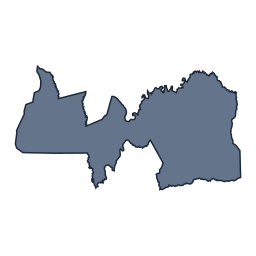 Mpongwe, Copperbelt, Zambia
{"feature_id": "96606910B43712843056023", "entity_name": "Mpongwe", "entity_type": "district", "adm_level": 2, "iso_a3": "ZMB", "parent_name": "Zambia", "parent_adm1": "Copperbelt", "projection": "equal_earth", "projection_center": [27.957, -13.579], "detail": "fine", "context": "isolated", "style": "filled", "palette": "slate", "viewbox_px": 256, "rotation_deg": 0, "n_neighbors": 0, "source": "geoboundaries", "source_scale": "gbopen_adm2", "svg_char_len": 5767}
<svg xmlns="http://www.w3.org/2000/svg" viewBox="0 0 256 256"><path d="M240.6,177.5L239.9,150.7L236.5,146.0L235.0,144.7L233.0,143.6L232.9,140.7L231.6,137.6L231.3,134.9L230.8,133.3L231.0,129.1L231.8,126.9L232.3,123.4L231.5,120.7L232.5,118.8L233.8,118.1L235.0,116.8L235.4,115.8L235.9,110.3L236.9,108.8L236.4,106.5L237.2,105.2L237.1,103.3L236.6,102.7L236.9,101.3L235.8,99.0L236.6,97.8L236.0,96.8L236.1,95.1L235.8,94.3L236.4,92.6L235.5,92.0L235.4,93.0L234.3,93.0L234.2,92.1L233.2,92.4L232.1,91.4L231.9,90.9L231.3,91.1L231.2,91.8L230.7,91.4L229.8,91.9L228.9,91.0L229.0,90.2L227.1,89.8L226.5,90.0L225.9,88.2L224.5,87.6L224.3,87.0L222.6,87.3L221.8,84.4L221.0,83.1L220.9,82.0L220.3,81.6L220.3,81.2L220.0,81.8L219.3,80.8L217.7,80.6L217.2,79.6L217.0,76.6L216.2,76.5L214.8,74.6L214.4,74.7L214.2,73.5L213.7,73.6L213.4,73.0L213.0,73.2L212.5,72.3L211.6,73.5L211.3,73.3L210.6,73.6L210.5,74.5L209.9,74.3L209.4,75.7L208.7,75.9L207.8,74.9L206.6,74.7L205.4,72.9L204.4,73.2L203.7,71.6L202.9,71.1L202.6,71.2L202.7,71.9L201.9,72.7L200.2,72.5L199.3,71.2L198.8,72.4L197.9,71.4L197.2,71.2L196.3,72.2L195.2,71.1L194.2,72.0L193.5,72.0L193.3,72.4L193.6,72.4L193.8,73.5L190.2,74.5L190.1,77.0L188.2,79.6L187.2,82.1L185.6,80.9L184.8,78.4L183.3,78.0L182.2,80.0L182.3,80.7L184.1,80.6L184.7,81.9L183.4,84.0L182.2,84.5L181.1,84.2L180.7,85.0L182.6,86.4L183.0,87.5L182.2,87.3L181.4,88.2L178.6,87.9L178.1,89.0L177.2,89.2L177.0,91.1L176.2,92.8L174.0,91.5L172.1,91.0L172.5,87.0L171.9,86.2L171.2,86.7L171.2,87.7L169.0,91.4L167.9,91.2L166.3,87.0L166.2,85.6L164.6,85.8L164.4,90.6L163.4,91.0L164.2,92.1L163.4,92.7L162.9,92.5L163.0,91.4L162.0,91.7L160.7,90.0L162.9,87.8L162.2,86.7L161.2,86.4L159.9,87.2L159.0,88.7L157.5,88.9L155.9,87.6L155.0,88.1L153.3,91.7L152.3,92.1L152.1,93.4L151.4,93.4L151.2,93.9L150.9,92.9L149.7,93.4L149.0,92.9L147.6,90.9L147.5,93.8L148.8,95.8L148.2,98.5L146.1,98.3L145.3,97.2L144.6,95.0L143.4,94.9L142.4,96.0L141.9,96.9L142.1,97.6L143.0,96.5L143.7,96.4L144.2,96.8L144.2,99.5L141.6,101.5L141.5,103.3L139.8,105.3L139.7,107.7L140.6,109.4L138.8,110.0L138.8,111.3L137.9,112.9L138.0,114.8L137.6,115.0L137.0,114.1L134.9,112.8L132.8,113.4L132.5,114.8L132.7,115.5L134.4,115.3L135.4,116.3L135.1,118.3L134.2,119.6L130.7,119.5L129.0,121.5L126.3,121.2L125.3,120.3L124.7,116.5L125.9,115.0L126.5,112.0L125.4,108.3L124.5,107.7L122.9,105.0L122.1,105.1L121.4,103.5L116.5,98.0L113.9,96.5L111.9,96.5L106.8,114.8L104.6,116.0L102.1,119.4L86.1,126.2L85.7,125.9L86.3,125.1L85.7,124.4L86.2,124.1L85.6,123.9L86.1,122.9L85.8,122.9L85.6,122.0L86.0,121.4L86.2,121.9L86.5,121.6L87.1,119.2L87.2,117.2L86.9,116.5L86.4,116.8L86.4,116.1L85.7,116.5L85.8,115.4L85.2,115.0L85.4,113.9L84.9,113.8L84.6,112.8L85.0,112.4L84.5,112.3L84.6,111.7L83.8,110.8L84.1,110.3L83.6,108.3L83.1,108.2L83.1,107.3L83.6,106.8L83.0,106.6L82.6,105.3L83.0,104.1L82.6,104.0L82.7,103.1L81.9,101.7L82.3,100.6L82.8,100.7L82.8,100.1L83.3,99.9L83.4,98.4L83.6,98.7L83.9,98.2L84.1,97.3L83.6,97.0L84.5,96.5L85.4,94.9L85.5,93.9L85.2,93.7L85.8,92.7L85.9,91.6L58.4,98.6L58.8,96.8L58.1,96.3L58.1,95.7L58.8,94.6L58.5,93.9L58.8,93.3L58.0,91.8L58.2,91.1L57.5,91.3L56.9,88.6L56.4,88.3L56.2,87.2L55.5,86.9L55.9,86.2L55.5,86.2L55.2,85.1L55.5,84.0L54.4,83.5L54.3,82.4L54.0,82.5L53.5,80.6L52.9,80.0L53.1,79.1L52.6,78.2L53.1,77.1L53.0,76.2L52.5,76.2L52.6,75.8L52.2,75.4L52.0,75.7L51.7,74.8L50.9,74.5L50.0,72.4L46.4,72.1L42.0,68.8L40.3,68.9L37.5,66.4L36.9,71.6L39.0,74.7L40.8,80.6L40.6,86.5L40.2,88.1L38.9,90.7L34.4,92.7L33.1,99.8L33.0,101.9L25.9,104.6L24.2,110.9L24.2,114.2L17.1,129.3L16.6,131.5L16.8,132.8L15.4,143.9L16.5,147.5L17.1,148.4L22.9,152.6L55.3,153.2L87.5,153.0L87.5,153.9L88.8,155.4L88.6,155.8L89.2,157.3L88.1,158.0L88.5,159.2L87.5,160.5L88.0,161.5L87.9,162.2L89.3,163.3L89.4,163.9L89.1,164.3L89.6,165.3L89.3,166.0L89.9,166.4L89.0,167.6L89.4,168.0L90.1,167.7L90.2,168.4L90.8,168.3L91.1,167.8L92.6,168.7L92.4,170.5L93.1,171.4L93.4,172.8L92.3,173.7L92.6,174.3L92.3,175.2L92.5,178.0L93.3,178.7L93.4,179.4L92.9,178.8L92.5,179.1L92.3,180.0L91.9,179.6L91.8,180.9L92.6,182.1L93.3,181.7L94.0,182.9L94.7,185.6L95.8,186.7L95.6,187.4L95.8,187.9L96.3,187.1L98.0,186.4L97.3,184.6L98.0,183.1L100.5,182.2L101.0,182.9L102.1,181.6L102.3,182.5L103.0,183.0L103.1,182.4L102.4,181.4L102.6,180.4L103.7,180.9L104.5,179.0L105.7,179.4L106.2,179.1L106.5,177.9L105.3,175.0L105.3,172.1L104.4,168.9L104.7,167.1L105.9,165.6L107.0,165.1L109.0,165.1L111.1,167.3L112.1,167.5L112.2,170.1L114.2,170.8L114.1,169.6L114.8,165.8L116.2,162.9L116.3,160.9L119.9,156.4L120.3,154.5L119.8,150.6L120.0,149.6L120.8,148.9L122.1,150.8L123.6,150.6L123.7,149.0L122.8,145.8L122.8,144.6L126.0,140.3L127.4,139.8L128.8,140.6L131.1,143.6L132.3,144.0L132.7,145.0L133.8,144.9L133.9,145.5L135.1,146.0L135.6,146.9L137.8,147.2L138.9,146.5L139.2,147.1L141.7,147.2L142.6,148.0L142.9,147.4L144.0,147.1L145.4,145.9L146.7,146.3L148.1,144.3L148.7,142.3L150.4,140.2L163.3,163.3L162.5,164.3L162.3,165.7L161.3,167.9L159.6,169.8L159.8,171.9L159.3,173.1L158.7,173.5L157.6,173.4L156.2,174.3L156.9,176.7L156.7,178.1L157.6,179.6L157.9,181.8L159.3,182.4L158.8,185.2L159.5,186.7L160.2,187.1L160.4,188.0L159.8,188.7L159.9,189.6L160.8,189.0L162.1,189.6L164.9,188.1L165.5,187.4L167.6,187.1L168.3,186.7L168.9,185.2L169.4,185.3L169.6,185.9L170.6,185.5L171.2,186.2L172.9,185.9L173.4,185.4L175.1,186.4L176.3,185.6L177.1,185.9L177.5,185.3L178.5,184.9L180.0,185.6L183.0,185.2L184.6,183.9L185.8,183.8L186.1,183.3L190.3,184.0L191.8,183.2L193.0,181.7L193.2,180.5L194.0,179.6L199.8,178.2L201.0,179.3L202.7,179.1L203.5,179.6L203.9,179.2L206.5,179.9L208.1,181.2L209.5,180.6L210.3,181.0L210.7,179.9L213.7,178.3L215.2,180.0L216.4,179.8L217.0,180.6L218.2,180.1L218.6,180.5L221.4,180.5L224.3,181.7L225.8,180.9L229.0,181.3L229.8,180.7L232.6,180.2L233.7,180.9L235.2,180.4L238.1,178.3L240.6,177.5Z" fill="#64748b" stroke="#1e293b" stroke-width="1.5"/></svg>